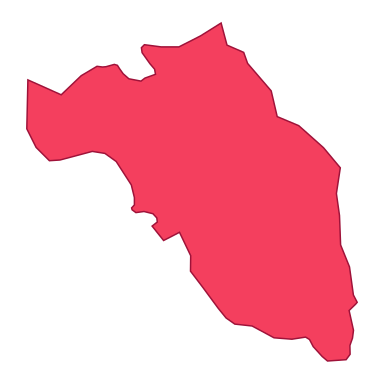 SVG path tracing the border of Kocenu
{"feature_id": "LVA-5788", "entity_name": "Kocenu", "entity_type": "Municipality", "adm_level": 1, "iso_a3": "LVA", "parent_name": "Latvia", "parent_adm1": "", "projection": "orthographic", "projection_center": [25.157, 57.529], "detail": "fine", "context": "isolated", "style": "filled", "palette": "rose", "viewbox_px": 384, "rotation_deg": 0, "n_neighbors": 0, "source": "natural_earth", "source_scale": "10m", "svg_char_len": 1043}
<svg xmlns="http://www.w3.org/2000/svg" viewBox="0 0 384 384"><path d="M49.4,160.7L36.1,147.4L26.8,128.8L27.9,79.9L61.2,94.8L81.2,75.7L97.0,66.3L102.5,67.0L106.0,66.7L114.3,64.4L117.4,65.3L119.7,68.9L123.1,73.7L128.9,78.8L141.0,81.1L144.9,78.1L155.5,74.3L154.6,69.2L150.0,63.8L142.1,52.7L141.4,47.7L144.4,44.7L161.2,46.9L178.9,46.9L200.5,35.9L221.1,23.0L227.0,45.1L243.7,52.4L247.6,63.4L271.2,90.9L277.2,116.6L298.8,125.7L323.5,147.7L340.3,167.8L336.4,193.5L339.5,215.5L340.6,244.9L349.5,266.9L353.4,295.0L357.2,302.3L355.8,304.0L349.1,310.5L353.5,330.3L352.5,338.1L349.9,345.5L350.1,354.3L346.1,359.7L327.5,361.0L322.2,356.5L313.2,346.6L309.5,339.5L305.6,337.1L291.9,339.2L274.0,337.8L252.1,326.0L234.8,324.1L226.1,318.0L218.3,308.4L202.6,287.1L190.5,271.2L190.7,255.7L179.5,232.3L163.6,240.5L152.1,226.1L157.3,222.0L156.8,217.9L152.9,213.7L144.0,211.5L135.9,212.6L132.1,209.8L131.6,207.9L134.4,204.9L134.4,197.6L131.3,184.9L116.2,161.5L104.9,153.4L92.3,151.4L60.0,160.0L49.4,160.7Z" fill="#f43f5e" stroke="#9f1239" stroke-width="1.5"/></svg>